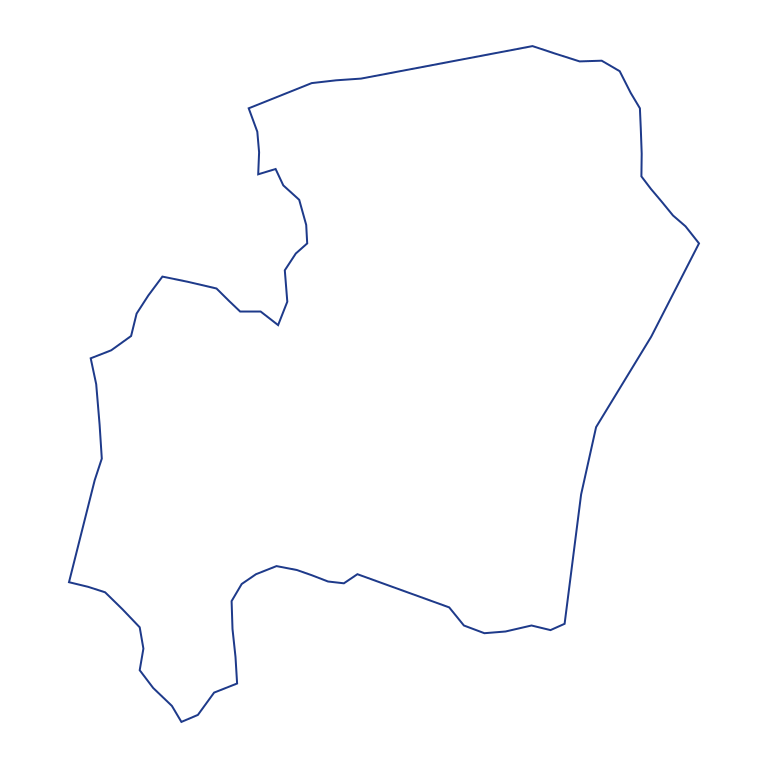 Muniz Ferreira, Bahia, Brazil
{"feature_id": "56859067B35169228212454", "entity_name": "Muniz Ferreira", "entity_type": "district", "adm_level": 2, "iso_a3": "BRA", "parent_name": "Brazil", "parent_adm1": "Bahia", "projection": "robinson", "projection_center": [-39.098, -13.006], "detail": "fine", "context": "isolated", "style": "outline", "palette": "blue", "viewbox_px": 768, "rotation_deg": 0, "n_neighbors": 0, "source": "geoboundaries", "source_scale": "gbopen_adm2", "svg_char_len": 1084}
<svg xmlns="http://www.w3.org/2000/svg" viewBox="0 0 768 768"><path d="M564.6,623.8L581.1,494.5L596.1,427.1L651.2,336.7L699.0,243.4L685.5,226.3L673.0,215.5L661.3,201.2L650.9,188.9L641.4,176.4L641.7,153.7L640.8,128.9L639.9,108.3L630.7,92.9L619.7,71.2L601.7,60.7L579.6,61.4L554.5,53.4L532.5,46.1L361.0,78.6L336.2,80.3L311.7,83.1L248.7,108.3L257.3,131.7L259.1,152.3L258.2,174.3L275.6,169.0L283.3,185.4L299.2,199.8L306.2,224.9L307.2,243.4L295.8,253.5L284.8,270.3L287.3,301.7L278.1,325.1L260.6,311.5L240.1,311.5L229.1,301.0L216.5,288.5L187.8,281.8L162.4,276.6L148.3,295.5L136.6,313.6L131.1,336.0L111.2,350.3L90.7,358.3L96.2,384.2L99.6,424.7L101.8,458.6L94.7,480.2L69.0,582.2L88.0,586.8L105.1,592.3L122.3,609.1L139.7,627.3L143.4,648.6L139.7,670.2L153.2,688.0L171.9,705.9L181.4,721.9L197.9,714.9L214.1,692.6L237.1,683.5L235.5,657.0L232.5,629.0L231.6,601.1L241.7,584.0L256.0,574.2L276.5,566.1L296.8,570.0L311.7,575.2L328.0,581.5L343.9,583.3L357.4,574.2L449.2,607.4L463.9,625.5L484.4,633.2L505.5,631.5L531.5,625.5L550.5,630.1L564.6,623.8Z" fill="none" stroke="#1e3a8a" stroke-width="2"/></svg>